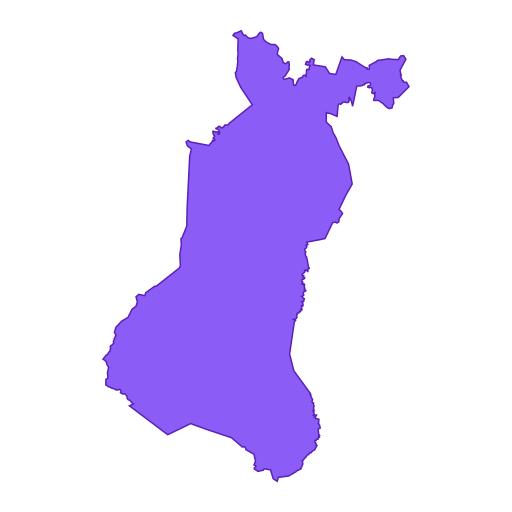 Ajuchitlán del Progreso, Guerrero, Mexico (Robinson projection)
{"feature_id": "50627088B24566890251598", "entity_name": "Ajuchitlán del Progreso", "entity_type": "district", "adm_level": 2, "iso_a3": "MEX", "parent_name": "Mexico", "parent_adm1": "Guerrero", "projection": "robinson", "projection_center": [-100.562, 17.931], "detail": "fine", "context": "isolated", "style": "filled", "palette": "violet", "viewbox_px": 512, "rotation_deg": 0, "n_neighbors": 0, "source": "geoboundaries", "source_scale": "gbopen_adm2", "svg_char_len": 5982}
<svg xmlns="http://www.w3.org/2000/svg" viewBox="0 0 512 512"><path d="M260.4,32.3L259.0,33.5L256.8,36.7L251.4,38.3L250.2,38.4L247.7,37.5L245.4,35.1L243.6,35.4L241.2,30.7L236.8,32.8L234.4,33.3L233.0,35.4L238.1,38.9L237.8,50.5L238.1,53.9L237.5,58.3L237.8,60.8L237.4,65.9L236.5,71.2L235.3,72.8L236.1,77.4L240.7,87.3L252.3,104.8L229.3,123.2L228.2,124.9L224.6,125.1L223.7,127.0L223.0,127.0L222.3,127.9L221.3,127.8L219.8,126.4L218.5,126.4L217.4,127.7L215.9,128.3L216.2,129.0L217.4,128.7L218.8,130.3L219.5,131.9L219.5,133.5L218.9,134.3L218.2,134.2L217.9,133.5L218.0,132.3L217.7,131.8L215.6,131.9L213.3,131.2L212.8,131.3L213.4,134.6L214.6,136.0L214.4,136.7L213.4,137.7L213.2,138.7L214.7,139.4L214.8,140.3L214.2,140.8L212.5,140.5L212.1,141.8L209.8,144.3L209.2,145.5L192.1,142.3L189.8,141.7L188.2,140.3L186.1,142.0L187.4,145.9L191.4,149.0L189.7,156.1L187.1,208.7L186.8,225.9L182.0,238.0L181.0,238.4L181.3,245.0L179.8,254.7L180.4,265.8L179.1,268.2L156.0,286.4L154.9,286.1L145.8,292.7L144.8,295.6L138.7,294.4L136.0,296.8L137.4,301.9L136.0,306.2L132.0,309.3L128.0,317.4L121.6,321.2L115.9,327.3L114.4,332.3L116.0,335.3L115.2,336.5L115.0,337.9L114.2,338.5L114.3,339.6L113.3,341.5L113.9,342.8L112.1,345.0L110.9,345.5L110.3,346.4L110.3,347.5L110.8,348.6L110.1,349.6L110.1,351.0L108.5,352.5L107.9,354.1L106.4,354.9L103.0,359.2L104.9,360.4L106.3,361.9L106.8,364.2L108.6,367.4L107.4,373.1L107.8,375.2L107.8,378.0L107.4,378.6L105.9,379.3L105.8,385.0L107.3,385.7L108.3,386.7L110.1,387.2L112.1,388.4L113.7,388.5L116.2,390.0L118.2,389.9L119.2,389.4L120.2,389.6L121.1,391.7L120.5,392.7L122.9,394.1L124.4,393.7L125.7,394.6L127.1,396.6L127.1,398.1L127.9,399.5L128.9,400.1L129.9,400.2L131.5,402.4L133.4,403.9L129.4,405.8L167.7,434.7L190.7,423.6L208.0,429.9L231.5,437.7L242.4,447.0L245.0,446.8L246.0,449.7L253.9,454.2L255.5,461.0L254.0,465.1L255.7,465.6L255.9,466.9L254.3,467.9L254.3,469.0L258.0,471.4L263.3,470.2L264.1,468.8L270.5,469.8L273.2,478.7L277.2,481.3L278.3,477.4L288.7,476.0L296.3,471.5L297.4,470.3L298.5,470.3L299.1,469.7L300.8,469.0L302.8,464.1L302.6,462.0L302.2,461.0L303.5,460.0L304.2,458.7L306.4,456.5L306.6,455.7L307.2,455.0L308.7,454.6L308.8,453.9L310.1,452.6L311.0,452.8L312.7,450.9L314.6,449.9L316.9,445.6L316.3,445.6L316.2,444.1L315.7,443.8L315.8,443.0L314.6,441.8L314.6,441.2L315.2,440.6L316.1,440.6L316.3,439.5L318.1,439.1L318.3,437.7L319.3,437.4L318.6,436.5L318.7,435.7L319.5,435.9L319.7,435.6L318.7,434.2L318.2,429.8L318.3,429.0L320.0,428.3L320.2,427.9L320.0,426.8L319.6,426.0L319.7,425.3L318.8,424.4L318.8,423.4L318.3,423.2L318.6,422.9L318.9,419.2L315.6,418.5L315.4,417.0L314.6,417.0L316.4,415.7L316.6,415.1L313.4,415.1L314.2,414.1L313.7,412.1L314.1,410.6L313.6,410.6L313.1,411.2L313.0,410.9L313.8,409.0L313.6,407.5L314.1,406.2L313.4,403.7L313.6,403.0L312.5,402.6L312.0,401.8L312.6,399.7L310.8,396.2L311.0,395.3L310.1,394.7L310.6,393.8L293.8,370.7L289.6,354.0L294.3,322.0L295.5,320.5L293.6,319.4L295.6,319.1L297.0,317.4L296.6,315.4L297.2,314.6L296.9,313.8L297.3,313.0L298.8,313.0L299.3,311.6L300.3,311.8L300.7,311.4L300.4,310.2L300.6,309.7L302.0,309.9L302.1,309.6L301.5,308.3L301.9,306.8L301.4,306.3L301.5,305.7L302.0,305.9L303.1,305.6L302.8,302.7L301.8,301.7L303.7,301.3L303.8,300.0L304.4,299.1L304.3,298.6L303.4,298.3L302.7,297.5L302.7,296.9L301.7,296.3L303.8,295.2L303.1,293.0L303.7,292.1L305.7,290.9L305.8,290.3L304.2,289.5L304.8,288.9L304.8,288.0L304.3,287.4L304.5,285.9L303.6,284.9L304.5,284.7L304.5,284.2L303.2,283.5L301.8,283.7L302.7,281.9L301.7,281.1L302.3,279.2L303.5,279.3L304.7,278.1L304.7,277.4L302.7,276.8L303.5,275.6L302.3,275.4L302.3,274.0L304.4,272.5L305.0,271.2L304.5,270.7L304.6,270.2L306.9,270.0L306.8,270.5L307.2,270.7L307.4,271.5L307.8,271.5L308.0,271.1L307.5,270.6L307.6,270.0L308.1,269.0L309.2,268.5L309.0,267.7L308.6,267.6L307.0,258.8L306.5,258.3L306.7,257.1L305.4,255.7L305.5,254.2L305.2,253.4L305.8,252.0L305.3,251.7L304.6,249.6L304.7,249.1L305.9,248.3L306.8,246.7L306.7,246.0L306.0,245.5L306.0,245.0L307.8,244.5L306.7,242.2L325.0,238.6L332.4,223.2L333.0,222.5L334.7,222.3L335.9,222.3L336.9,223.0L338.7,222.0L339.1,220.1L338.9,219.4L339.5,218.1L342.6,213.5L340.8,210.9L339.0,209.5L345.9,195.1L352.2,184.0L348.6,164.2L339.1,145.8L335.9,137.6L333.2,132.8L331.2,126.7L326.3,122.1L326.3,112.7L327.1,113.2L329.8,113.3L337.1,116.4L338.0,106.1L338.5,104.3L340.0,103.8L340.7,104.3L342.0,103.4L342.7,102.3L343.7,102.0L347.6,102.6L348.4,102.3L349.0,101.5L349.1,96.8L351.4,101.2L352.6,106.2L356.7,86.5L357.3,86.0L360.0,86.0L362.3,85.5L363.4,84.6L364.2,84.9L365.4,83.2L366.0,83.4L368.1,82.5L370.0,82.8L370.6,84.0L370.5,84.9L369.8,85.5L368.0,86.0L367.6,87.0L368.6,87.6L371.8,87.7L372.4,89.7L371.8,92.5L372.3,93.3L373.1,93.5L375.1,92.4L375.3,93.0L374.4,93.7L374.4,94.2L374.8,95.2L374.8,96.6L373.6,99.7L373.9,100.5L378.1,100.4L379.1,100.7L383.5,104.0L386.3,106.9L388.5,108.3L389.7,108.5L392.0,108.0L392.5,105.6L393.8,103.4L393.3,97.8L398.2,97.5L409.0,86.7L406.5,82.2L403.8,82.2L403.1,80.7L402.5,80.8L401.1,77.9L400.7,75.6L400.9,75.8L401.2,75.4L400.0,70.3L405.9,59.2L403.6,55.6L400.6,56.0L398.3,59.6L391.5,59.3L388.8,58.8L377.4,60.5L376.4,61.5L369.2,65.4L369.4,67.9L369.0,69.4L367.0,69.0L367.2,68.0L364.8,67.3L356.3,61.8L351.0,60.0L344.4,59.7L342.0,56.9L335.8,74.4L329.6,73.5L325.3,66.8L313.3,64.9L314.2,59.7L311.6,58.2L310.0,59.7L309.7,60.4L309.8,61.8L309.5,62.3L308.6,62.4L307.8,61.5L306.4,61.6L305.5,64.3L307.7,65.2L310.1,65.3L309.1,68.3L309.1,69.4L308.6,69.6L307.0,69.3L306.4,70.4L306.6,72.1L306.3,73.0L306.0,76.4L305.1,75.4L304.3,75.1L303.0,75.8L302.4,77.2L298.9,78.6L296.7,82.5L296.5,83.7L295.9,84.7L295.4,85.3L294.4,85.5L294.0,85.3L293.5,84.0L293.2,82.1L293.3,80.6L293.2,80.0L292.7,79.8L292.8,79.5L289.3,77.9L284.8,79.3L283.9,79.1L283.1,78.3L283.3,77.4L285.0,76.2L289.3,69.4L289.0,67.7L289.3,64.6L288.8,61.8L287.8,61.8L286.4,63.4L285.6,63.6L283.4,62.8L281.9,58.4L277.4,54.5L277.5,52.1L278.6,48.7L277.8,47.1L276.2,45.4L274.7,44.5L270.8,44.5L266.0,41.8L263.8,39.6L263.5,38.9L262.5,33.3L261.1,32.4L260.4,32.3Z" fill="#8b5cf6" stroke="#5b21b6" stroke-width="1.5"/></svg>